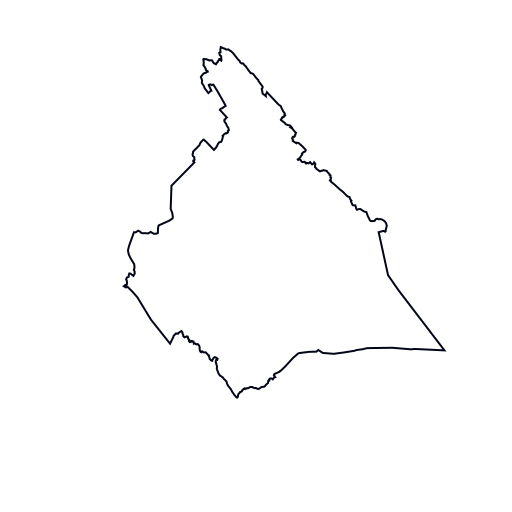 the district of Lunner nor, Oppland, Norway, rotated 53°
{"feature_id": "86288312B32418406906807", "entity_name": "Lunner nor", "entity_type": "district", "adm_level": 2, "iso_a3": "NOR", "parent_name": "Norway", "parent_adm1": "Oppland", "projection": "natural_earth1", "projection_center": [10.663, 60.235], "detail": "fine", "context": "isolated", "style": "outline", "palette": "ink", "viewbox_px": 512, "rotation_deg": 53, "n_neighbors": 0, "source": "geoboundaries", "source_scale": "gbopen_adm2", "svg_char_len": 6079}
<svg xmlns="http://www.w3.org/2000/svg" viewBox="0 0 512 512"><g transform="rotate(53 256 256)"><path d="M444.8,162.3L369.2,162.8L350.8,162.1L310.8,143.7L312.7,139.0L314.3,138.3L314.4,138.0L314.3,137.6L313.8,137.3L310.5,133.3L308.0,132.4L306.7,132.3L305.3,132.4L302.7,133.4L301.3,134.5L300.5,136.0L299.3,136.6L298.8,137.7L298.8,138.6L299.3,140.0L299.2,140.4L298.0,142.3L296.9,143.4L296.0,143.5L291.5,142.7L287.3,141.4L286.2,142.4L285.2,143.0L281.1,144.5L280.4,145.7L279.9,147.5L278.6,147.5L275.4,146.2L274.5,147.4L273.5,148.2L269.5,147.3L268.8,146.8L268.9,146.5L267.0,146.5L265.2,145.8L263.4,147.1L256.2,148.1L253.6,148.9L246.2,150.3L241.8,151.4L241.8,151.2L241.4,151.0L240.0,151.3L240.0,150.6L238.9,149.1L238.1,149.3L237.4,148.6L236.5,148.0L235.6,148.5L234.9,148.0L232.3,148.4L230.7,148.3L229.0,149.5L228.8,150.0L228.0,150.5L227.7,152.0L227.2,152.5L227.3,153.0L226.9,154.0L222.7,155.3L221.8,155.1L220.7,155.4L219.5,154.7L218.3,153.2L216.2,153.2L216.8,154.4L216.6,156.1L213.6,156.3L213.7,158.2L211.9,159.6L212.4,160.2L212.3,160.4L210.0,160.5L208.9,162.5L207.9,162.8L206.3,162.6L205.3,163.0L204.8,163.3L204.7,164.5L204.0,164.5L204.1,162.1L203.0,159.1L202.9,158.3L202.6,157.8L201.8,157.6L201.6,155.3L201.9,154.9L202.1,154.0L201.6,152.8L201.0,152.4L196.1,153.0L191.3,154.0L190.1,155.1L190.3,155.9L186.2,157.4L185.8,156.8L185.0,156.6L184.7,156.2L183.8,156.3L183.2,155.5L183.1,154.7L183.8,153.8L183.7,152.9L182.9,152.3L182.9,151.5L182.0,150.7L181.6,149.9L180.5,150.2L176.5,150.3L174.1,151.0L174.4,150.1L172.3,150.3L169.4,152.6L168.3,153.0L167.1,152.9L162.4,154.3L162.2,154.2L162.3,153.7L161.6,153.0L161.1,151.6L161.5,151.6L161.6,149.6L161.2,148.1L160.5,148.5L159.4,147.2L156.5,147.2L152.2,146.3L151.4,146.0L148.4,146.9L131.9,148.7L132.3,149.2L133.0,151.3L134.2,151.9L130.7,152.9L129.7,152.8L128.6,152.0L126.0,150.9L125.6,149.5L124.8,148.8L117.6,148.7L116.9,148.3L113.7,148.7L109.0,148.7L107.7,149.3L106.6,150.3L106.0,150.1L103.2,150.3L101.6,150.1L99.7,150.2L99.0,149.9L96.3,150.4L95.4,150.5L95.1,150.3L94.3,150.5L93.5,151.7L91.8,152.1L90.3,151.7L88.1,152.1L80.3,152.2L77.3,152.7L76.1,153.4L74.5,153.6L73.2,155.6L71.6,156.1L70.7,156.9L68.0,158.4L69.6,160.2L71.9,161.7L71.6,162.3L71.8,162.7L71.7,163.1L73.6,164.0L75.4,163.6L78.9,165.8L79.1,166.2L77.9,166.6L76.7,166.6L76.6,166.8L77.1,167.5L77.5,169.1L77.9,169.3L78.1,170.2L78.0,171.1L78.4,171.4L78.8,172.6L76.5,173.7L73.3,173.4L72.5,174.2L71.8,175.7L70.9,175.9L70.0,176.7L68.7,177.3L68.2,178.4L67.2,179.0L67.2,179.7L69.9,181.2L71.6,182.6L71.8,183.1L74.9,183.3L76.3,183.5L77.0,184.1L78.2,183.9L79.5,183.4L79.8,183.6L79.3,184.7L79.6,185.3L78.7,188.0L79.7,192.2L83.4,193.4L85.2,195.1L89.1,195.4L90.9,196.0L97.2,196.0L96.9,192.8L97.1,192.2L91.4,191.0L90.9,190.7L90.9,190.4L91.4,189.3L93.0,188.5L92.9,187.8L93.5,186.9L102.1,187.7L117.1,189.7L117.9,190.0L117.6,192.1L117.7,193.5L117.2,195.8L117.6,196.9L127.8,195.9L127.8,197.1L128.4,198.6L128.1,199.0L129.1,200.1L129.9,200.3L132.4,200.3L134.5,200.9L137.1,201.0L139.1,201.9L139.4,202.6L139.2,203.2L140.4,204.1L140.5,204.7L140.4,205.7L139.8,206.0L139.6,207.2L139.6,208.4L139.8,209.5L140.3,209.9L140.1,210.4L140.6,210.6L141.8,211.8L143.4,214.1L143.8,215.2L143.3,216.2L143.1,217.4L143.8,219.4L144.7,220.8L144.7,221.4L145.5,222.7L145.5,223.9L146.0,225.0L145.9,225.8L135.0,227.0L131.6,227.7L131.4,228.2L132.0,231.8L132.3,232.6L133.7,235.0L133.6,236.5L134.0,237.5L134.5,241.8L134.9,243.6L136.0,244.4L136.6,245.5L137.1,245.8L138.3,246.2L139.9,245.8L141.8,247.2L142.2,247.2L142.6,247.9L142.1,248.7L142.3,249.0L143.0,249.2L144.2,249.0L149.0,281.2L166.9,295.7L171.5,297.1L174.6,298.8L175.8,300.0L175.6,303.9L173.0,315.3L174.5,317.2L178.6,320.6L178.1,322.3L176.8,324.2L173.3,325.7L173.3,327.3L173.0,328.6L171.1,330.7L169.5,333.0L168.2,333.8L167.3,333.8L165.1,334.6L164.9,335.0L164.7,337.7L163.6,339.2L171.4,351.1L174.2,354.6L175.6,355.5L178.3,356.7L182.2,357.5L189.2,358.2L191.6,359.6L193.0,360.9L193.4,361.8L195.3,362.3L197.1,363.5L198.1,365.9L194.7,366.8L193.7,367.6L194.2,368.6L195.9,370.2L195.5,372.0L196.4,373.7L198.0,374.1L200.3,375.5L201.4,376.8L201.3,377.2L200.4,377.8L200.7,378.6L200.6,379.0L200.6,379.7L202.7,378.9L203.6,377.1L209.7,376.2L217.5,375.6L243.7,378.2L274.3,377.4L271.1,371.1L270.2,369.9L269.8,367.2L269.6,367.0L269.6,366.7L270.3,366.1L270.3,365.7L270.6,365.1L271.1,365.0L270.8,363.8L271.1,360.7L272.7,360.7L274.0,361.5L275.5,361.7L276.1,362.3L277.2,362.3L278.1,361.9L278.0,361.3L278.6,360.3L278.5,360.0L279.1,359.7L278.8,359.5L279.3,359.0L280.0,359.2L281.1,360.0L282.7,359.7L283.4,360.6L284.7,360.8L284.9,360.4L284.7,360.1L285.2,359.9L284.9,359.5L284.8,359.1L285.2,358.3L286.1,358.3L286.3,357.7L286.8,357.4L288.4,358.3L288.4,357.7L288.8,357.4L289.9,357.3L290.9,356.5L290.8,356.2L291.4,355.5L291.9,355.4L293.5,355.4L295.1,356.0L296.2,356.9L298.0,357.8L299.3,357.9L299.8,357.7L299.5,357.0L299.9,356.2L301.2,356.1L302.7,354.1L306.4,353.8L307.1,353.4L307.6,354.0L308.3,354.0L310.2,354.9L312.4,354.7L313.3,354.0L312.9,353.6L311.9,351.2L311.9,350.5L312.0,349.7L313.5,348.8L315.0,348.5L315.6,349.4L314.9,350.0L315.2,350.8L316.4,351.9L320.9,353.7L322.5,355.2L326.7,356.5L329.5,356.8L333.2,355.5L334.9,355.7L335.8,355.4L338.6,355.1L340.4,356.0L343.2,356.4L347.1,356.2L349.9,356.7L354.5,356.9L357.5,356.5L357.8,356.1L357.7,355.5L355.7,353.3L355.3,350.6L355.1,350.5L355.6,348.8L354.9,347.8L355.0,346.8L354.7,346.4L354.7,345.6L355.4,345.0L355.0,344.6L355.6,344.1L356.2,343.3L356.2,342.5L356.7,342.1L357.1,340.7L357.0,339.7L358.3,337.9L360.6,336.7L361.0,336.3L361.2,335.6L363.3,334.6L363.9,333.5L363.9,330.6L365.3,328.1L365.4,327.3L364.9,325.9L364.6,322.7L363.0,321.2L362.9,320.9L363.4,320.3L362.5,319.7L362.6,319.2L362.3,318.7L362.5,318.1L363.1,317.4L364.0,316.9L364.6,316.8L363.9,314.7L364.3,313.6L362.7,313.5L362.2,313.1L361.9,313.3L361.3,312.4L362.6,306.9L362.3,306.3L362.5,305.9L362.4,303.8L361.8,299.3L359.7,287.8L359.2,281.2L359.6,279.8L364.4,271.4L368.7,265.4L368.6,262.8L373.6,261.0L380.9,252.8L385.7,244.3L391.1,234.1L391.4,232.7L394.7,226.8L396.4,222.8L398.5,219.9L411.3,202.4L423.9,188.3L425.4,185.7L427.8,182.7L444.8,162.3Z" fill="none" stroke="#020617" stroke-width="2"/></g></svg>